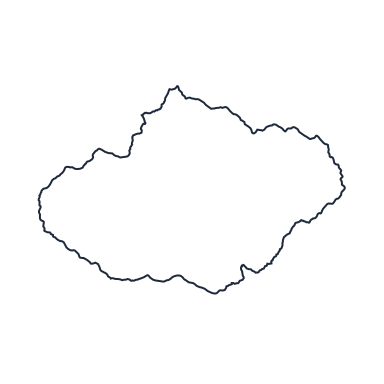 San José Del Palmar, Chocó, Colombia (Mercator projection), rotated 36°
{"feature_id": "7082276B34896182965166", "entity_name": "San José Del Palmar", "entity_type": "district", "adm_level": 2, "iso_a3": "COL", "parent_name": "Colombia", "parent_adm1": "Chocó", "projection": "mercator", "projection_center": [-76.278, 4.967], "detail": "fine", "context": "isolated", "style": "outline", "palette": "slate", "viewbox_px": 384, "rotation_deg": 36, "n_neighbors": 0, "source": "geoboundaries", "source_scale": "gbopen_adm2", "svg_char_len": 6017}
<svg xmlns="http://www.w3.org/2000/svg" viewBox="0 0 384 384"><g transform="rotate(36 192 192)"><path d="M274.5,74.1L273.0,74.2L271.7,74.9L269.7,75.0L264.2,73.9L261.8,73.1L259.8,73.1L259.3,73.7L259.3,75.7L259.0,76.7L257.6,78.1L257.1,79.0L256.4,79.7L255.9,79.9L252.0,80.0L250.0,80.3L243.5,80.4L240.7,79.1L237.3,79.3L235.9,79.9L235.3,80.7L235.1,81.7L234.6,82.6L233.1,83.5L232.1,84.7L232.0,87.8L231.8,88.2L229.8,88.2L227.9,87.6L225.3,87.7L223.9,88.1L220.3,88.2L218.8,88.9L218.1,89.5L217.7,91.0L216.2,92.4L214.4,95.0L213.9,96.5L213.9,98.6L213.6,99.7L212.8,101.1L211.8,101.2L210.1,102.3L209.1,102.6L208.2,103.2L208.4,106.1L208.1,107.3L207.2,108.6L205.6,108.6L203.1,106.6L201.6,106.0L199.0,105.9L194.9,106.1L193.2,104.6L190.2,104.8L189.4,105.1L189.0,105.0L187.2,103.8L184.1,103.4L182.6,103.4L181.1,103.8L179.8,104.6L178.8,104.6L175.6,104.2L171.6,103.2L170.6,103.2L169.4,103.4L168.6,104.1L167.1,106.1L165.6,106.4L163.8,108.5L162.0,109.9L160.9,111.5L160.0,112.0L158.6,113.4L151.9,113.4L149.3,112.7L143.1,113.1L142.0,113.6L140.3,114.9L138.8,115.3L138.0,115.9L136.3,116.6L134.8,116.9L133.7,117.9L132.4,119.9L131.7,120.1L130.5,119.1L130.0,119.0L126.9,118.9L125.3,117.5L121.6,117.1L118.9,114.9L118.6,114.8L117.8,115.1L117.8,116.7L117.4,118.7L115.2,121.3L113.4,122.0L113.4,122.6L114.6,126.5L115.1,131.6L116.5,134.3L116.5,135.8L116.8,136.2L116.8,137.2L116.7,137.7L116.2,138.5L116.1,139.1L116.2,139.5L117.3,140.8L117.5,143.2L117.2,143.4L117.2,144.1L116.0,145.5L115.9,146.4L114.8,147.0L114.3,149.0L113.2,149.6L112.2,152.2L111.7,153.0L109.7,154.4L108.8,154.5L108.4,155.0L107.4,155.6L107.4,156.2L106.9,156.9L107.0,158.1L106.5,158.7L106.2,159.4L108.2,160.0L110.2,161.1L112.5,162.9L113.9,163.7L113.9,164.7L112.8,165.1L112.5,165.5L112.7,168.6L113.4,170.8L113.8,171.2L115.0,171.5L116.3,173.6L115.3,175.5L114.1,176.4L113.3,177.3L112.1,179.0L111.9,179.8L111.1,180.6L111.4,182.7L112.0,183.0L112.4,183.9L113.7,184.9L114.5,187.5L115.1,188.4L115.7,188.8L115.9,192.4L116.9,193.6L116.8,194.4L117.0,195.4L118.5,196.8L119.0,197.6L119.2,198.7L119.1,200.4L118.4,201.7L113.6,206.3L111.1,206.7L109.2,207.6L107.4,207.9L104.9,207.6L101.7,209.5L98.2,210.6L93.9,210.9L91.5,211.5L90.8,212.7L90.6,214.3L89.9,215.7L89.7,219.8L90.4,221.1L91.5,221.9L91.8,222.5L91.9,223.4L91.8,224.6L91.0,226.8L90.7,227.5L89.5,228.8L89.2,229.8L89.5,231.2L89.1,231.8L89.2,233.1L88.9,234.1L89.2,236.6L87.7,239.1L85.6,240.9L83.7,242.0L80.6,242.3L78.9,243.8L78.5,243.7L76.9,244.6L75.9,245.3L75.2,246.4L75.2,247.6L75.7,249.0L75.9,251.0L75.8,253.0L75.2,254.9L75.2,256.6L73.8,258.8L73.5,261.0L72.5,262.6L72.0,264.8L72.7,269.1L72.7,272.1L72.0,274.3L69.9,276.7L69.6,278.2L69.6,279.8L70.1,280.5L70.3,282.3L70.8,283.4L70.6,284.6L71.4,285.1L71.7,285.6L72.2,287.9L72.8,288.8L74.1,289.1L76.4,292.4L77.8,292.5L78.1,292.8L78.6,293.5L79.4,297.4L80.4,298.6L82.2,299.5L84.2,302.4L85.5,303.4L87.0,303.5L89.0,303.1L89.8,303.4L91.9,307.2L94.0,308.1L94.4,308.5L95.2,310.1L95.7,310.2L98.8,309.5L100.9,308.2L101.5,308.3L102.5,309.0L104.8,308.4L105.3,309.3L106.0,309.7L107.5,309.4L108.0,309.1L110.4,309.6L112.9,309.4L114.4,309.1L115.8,308.2L117.9,308.1L123.0,310.6L125.0,310.9L127.9,310.6L129.6,309.6L130.5,308.6L131.8,308.2L136.6,308.9L139.3,310.8L139.8,310.9L141.9,310.0L143.3,309.0L145.0,309.0L146.1,308.7L147.8,308.7L150.5,308.8L151.9,309.3L152.6,309.3L154.3,307.7L155.3,306.0L158.3,305.5L161.2,307.0L163.2,308.6L164.0,309.0L165.2,309.2L167.2,308.8L168.4,308.8L168.9,308.5L170.9,308.4L172.8,309.0L173.4,309.5L173.8,309.6L176.6,309.4L177.2,309.7L177.3,309.4L178.3,308.5L179.9,307.7L180.8,307.6L183.4,305.8L185.7,304.7L187.2,304.5L188.3,303.2L190.1,301.7L190.9,300.4L192.5,299.6L194.8,299.6L195.1,299.5L195.7,298.6L196.7,298.3L197.8,296.9L198.2,296.0L199.6,294.8L200.3,293.3L200.8,292.9L203.2,289.2L204.5,286.0L205.1,285.3L206.3,285.3L208.6,285.9L212.2,285.8L214.5,285.0L221.4,281.4L222.1,280.8L223.3,278.5L224.9,276.8L225.8,274.5L226.0,273.0L226.8,271.1L228.8,268.5L230.5,267.2L231.8,266.6L232.5,266.5L234.3,266.5L236.9,267.2L237.8,267.2L238.3,267.0L242.3,267.0L246.6,265.0L248.5,264.9L250.8,265.2L254.1,264.5L255.7,263.7L259.2,262.8L262.9,262.9L267.8,261.9L270.2,260.7L271.2,259.7L271.6,258.9L272.1,255.6L272.7,254.9L275.0,253.4L276.1,252.1L276.0,249.8L275.3,248.0L276.2,247.2L276.5,245.8L278.4,243.3L278.4,243.0L277.7,242.3L279.0,241.3L280.4,241.3L281.9,239.4L282.9,238.7L283.0,238.1L282.8,235.8L284.5,233.4L284.5,231.3L283.7,230.4L282.1,229.7L279.0,226.6L277.5,226.0L276.1,224.5L275.9,223.8L276.2,223.0L275.6,222.6L275.6,222.1L276.1,221.8L276.2,220.9L276.5,220.7L280.0,221.3L281.1,221.7L283.4,221.0L285.1,219.9L287.1,220.3L289.3,219.7L290.9,219.9L291.6,219.1L292.3,218.8L293.0,217.7L292.9,215.6L293.8,214.4L294.0,213.1L295.1,211.8L294.7,209.0L295.8,207.8L295.1,205.7L296.4,205.1L298.3,203.1L297.0,201.8L296.8,201.3L297.3,200.2L297.0,199.8L297.2,199.2L296.8,198.1L296.8,196.0L297.7,194.8L297.5,193.7L297.0,192.9L297.8,191.8L297.3,189.2L297.4,187.7L296.7,186.5L297.4,185.4L297.4,184.8L296.7,182.2L295.0,179.9L294.8,178.9L293.9,177.6L292.9,174.5L293.4,172.9L293.7,171.1L295.3,167.9L295.2,167.2L294.8,166.4L294.7,164.3L294.2,163.3L294.1,160.6L294.5,159.1L293.9,156.5L294.3,155.6L295.9,153.8L296.4,152.3L296.7,152.0L296.9,150.5L298.2,150.4L298.7,149.9L299.6,149.9L300.3,149.5L302.4,149.2L303.7,148.3L304.6,148.1L304.9,147.7L304.6,145.6L304.7,144.1L305.4,143.0L305.4,142.4L306.9,140.9L307.2,139.8L307.3,138.4L306.7,136.1L307.0,134.8L307.6,134.1L308.5,133.9L308.9,133.2L308.0,129.4L308.0,127.3L308.5,122.2L309.4,120.9L312.0,119.4L312.7,118.7L312.9,116.6L312.6,113.9L313.0,112.6L314.0,111.5L314.4,110.0L314.4,106.8L313.6,105.5L313.1,104.0L313.3,102.5L313.5,102.0L313.6,99.9L313.1,98.7L312.0,98.0L310.0,97.9L309.5,98.1L308.8,97.8L308.5,97.2L307.1,95.6L304.6,94.3L304.5,92.8L304.8,92.2L304.9,91.4L304.6,90.8L301.0,89.5L300.6,88.6L300.4,87.6L300.0,86.8L298.2,86.3L297.4,86.3L296.1,85.6L295.2,84.5L294.6,84.2L294.1,84.0L292.3,85.0L290.2,85.0L287.6,82.7L286.0,81.6L284.4,81.6L283.7,82.4L282.5,82.3L281.1,80.7L278.8,79.7L277.8,77.4L275.8,75.7L274.5,74.1Z" fill="none" stroke="#1e293b" stroke-width="2"/></g></svg>